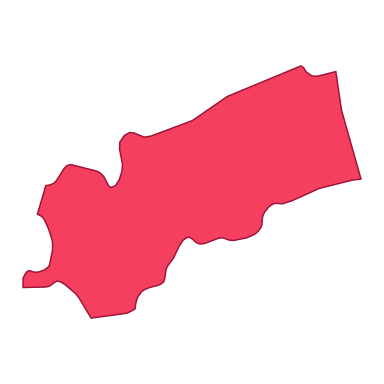 map outline of Ascoli Piceno (Albers equal-area conic projection)
{"feature_id": "ITA-5431", "entity_name": "Ascoli Piceno", "entity_type": "Province", "adm_level": 1, "iso_a3": "ITA", "parent_name": "Italy", "parent_adm1": "", "projection": "albers", "projection_center": [13.465, 42.882], "detail": "fine", "context": "isolated", "style": "filled", "palette": "rose", "viewbox_px": 384, "rotation_deg": 0, "n_neighbors": 0, "source": "natural_earth", "source_scale": "10m", "svg_char_len": 1546}
<svg xmlns="http://www.w3.org/2000/svg" viewBox="0 0 384 384"><path d="M335.8,71.6L341.6,110.5L361.0,179.0L352.9,180.0L319.0,188.5L292.3,200.6L282.5,203.8L275.4,203.3L272.5,204.3L269.5,206.2L265.3,211.1L263.5,214.3L262.5,217.2L262.0,223.2L261.6,225.6L260.7,227.9L259.4,229.7L258.1,231.4L254.8,234.2L246.9,237.8L234.0,240.4L230.4,240.3L227.9,239.7L223.7,238.1L221.3,237.8L218.3,238.3L205.2,243.3L202.0,243.9L199.5,243.9L197.4,243.1L195.6,242.0L192.5,239.2L190.7,237.9L188.6,237.1L185.8,238.1L182.9,240.5L178.9,246.6L173.7,257.7L172.5,259.5L168.6,264.5L167.4,266.4L166.4,268.6L165.8,271.1L165.1,276.6L164.5,279.3L163.8,281.6L161.5,283.7L158.0,285.4L150.2,287.3L145.6,289.1L141.7,291.5L138.1,296.5L136.6,300.2L135.8,303.5L135.0,309.0L130.4,311.6L126.4,313.3L91.1,318.1L78.8,297.6L75.3,293.3L64.9,284.5L61.1,282.1L58.0,281.1L56.5,281.4L55.1,282.0L50.2,285.7L48.2,286.5L45.8,287.0L23.0,287.5L23.1,278.1L25.4,273.7L27.4,271.2L30.0,270.7L32.0,271.6L34.8,272.2L38.2,272.1L44.0,270.1L47.1,268.0L49.0,266.1L49.7,264.1L52.5,250.2L52.6,246.7L52.6,243.6L52.3,241.2L51.2,236.7L48.2,228.1L44.6,220.2L43.5,218.4L42.1,216.8L40.7,215.8L37.4,214.3L45.8,185.6L50.1,184.9L53.5,183.5L56.3,180.8L64.2,168.4L67.2,165.5L71.0,164.6L97.1,171.2L100.6,173.3L103.9,176.7L108.6,185.7L110.5,187.4L115.3,185.9L119.3,179.6L121.9,171.4L122.5,164.4L119.5,149.0L119.9,142.0L124.3,135.6L129.6,132.5L133.8,132.9L144.0,137.1L150.6,136.2L192.3,120.6L227.6,96.3L300.9,65.9L303.7,67.8L306.0,71.8L311.8,75.9L317.0,76.3L335.8,71.6Z" fill="#f43f5e" stroke="#9f1239" stroke-width="1.5"/></svg>